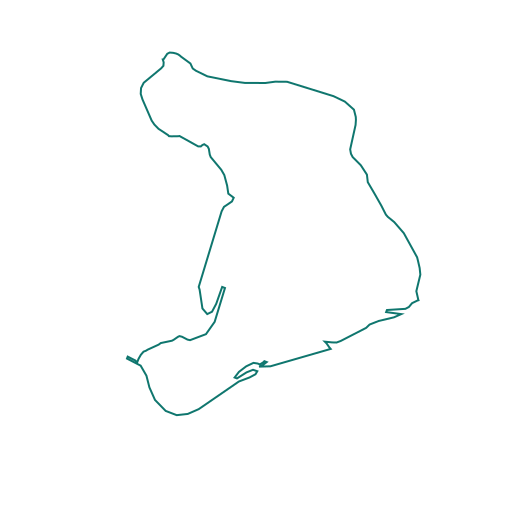 outline of Chinandega, rotated 291°
{"feature_id": "NIC-663", "entity_name": "Chinandega", "entity_type": "Department", "adm_level": 1, "iso_a3": "NIC", "parent_name": "Nicaragua", "parent_adm1": "", "projection": "natural_earth1", "projection_center": [-87.139, 12.876], "detail": "fine", "context": "isolated", "style": "outline", "palette": "teal", "viewbox_px": 512, "rotation_deg": 291, "n_neighbors": 0, "source": "natural_earth", "source_scale": "10m", "svg_char_len": 1954}
<svg xmlns="http://www.w3.org/2000/svg" viewBox="0 0 512 512"><g transform="rotate(291 256 256)"><path d="M400.4,101.4L403.7,100.4L406.1,98.5L406.5,99.2L413.0,100.7L415.0,102.5L416.0,105.9L416.4,108.9L416.3,111.3L415.7,113.5L415.3,114.4L412.2,125.8L408.6,129.5L408.3,130.0L407.4,133.7L406.3,146.2L410.3,170.0L413.6,183.6L420.9,202.8L425.6,211.4L429.8,222.6L433.0,271.1L432.0,283.6L427.7,295.0L421.6,299.3L418.9,300.5L414.0,302.0L389.3,305.7L385.5,308.0L383.0,310.8L378.3,321.3L371.7,330.4L365.0,333.9L356.6,344.4L347.8,355.1L341.2,362.4L339.8,365.0L337.2,372.9L330.3,385.8L312.5,406.9L309.2,409.2L303.4,413.1L297.5,416.1L280.6,418.3L273.0,423.4L272.9,423.5L272.3,422.7L267.9,418.6L263.2,417.0L260.2,414.4L252.5,397.6L250.3,397.6L253.8,412.4L248.2,406.8L239.3,393.8L232.7,386.6L228.4,384.6L207.0,365.5L204.1,362.2L202.6,358.0L200.7,351.0L199.7,353.2L197.1,357.0L196.0,359.0L158.2,309.0L153.8,298.5L155.3,300.4L156.7,301.5L160.8,304.0L160.8,301.5L159.2,300.8L156.2,298.5L156.2,296.0L155.3,291.9L149.5,286.4L141.7,281.6L134.9,279.6L134.9,282.1L144.0,288.9L148.7,294.0L148.9,298.5L145.4,297.9L140.3,293.5L132.7,285.0L92.5,257.4L84.1,248.9L79.0,239.0L79.0,227.2L85.4,213.3L95.1,203.6L105.0,196.6L112.3,187.6L114.0,172.3L116.1,172.3L115.2,180.9L114.0,183.2L117.9,183.2L122.5,183.9L126.4,185.3L128.1,187.2L129.7,188.4L138.4,196.9L140.6,198.3L146.8,207.9L148.3,209.2L152.7,212.2L153.8,213.3L154.1,215.9L153.4,222.0L153.8,224.6L165.1,237.3L179.7,241.0L215.0,238.5L215.0,235.5L197.1,236.0L188.2,234.9L184.3,231.3L187.8,224.8L204.4,215.4L206.6,213.6L285.4,207.9L290.4,208.5L298.3,214.0L302.4,214.3L304.3,207.8L311.4,203.8L320.2,197.4L324.1,192.6L332.1,178.3L334.1,176.5L339.1,173.6L340.9,171.6L341.8,167.6L340.4,166.2L338.5,165.2L337.6,162.7L340.6,141.6L340.0,140.6L337.4,134.1L336.7,131.8L337.3,130.7L339.8,119.4L342.3,114.0L345.0,110.1L361.5,93.9L366.0,90.3L371.6,88.5L377.5,89.1L397.2,100.2L400.4,101.4Z" fill="none" stroke="#0f766e" stroke-width="2"/></g></svg>